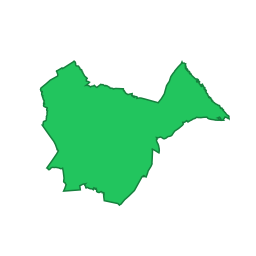 Cuautla, Morelos, Mexico (Natural Earth projection), rotated 286°
{"feature_id": "50627088B30536777812512", "entity_name": "Cuautla", "entity_type": "district", "adm_level": 2, "iso_a3": "MEX", "parent_name": "Mexico", "parent_adm1": "Morelos", "projection": "natural_earth1", "projection_center": [-98.942, 18.823], "detail": "fine", "context": "isolated", "style": "filled", "palette": "green", "viewbox_px": 256, "rotation_deg": 286, "n_neighbors": 0, "source": "geoboundaries", "source_scale": "gbopen_adm2", "svg_char_len": 5859}
<svg xmlns="http://www.w3.org/2000/svg" viewBox="0 0 256 256"><g transform="rotate(286 128 128)"><path d="M142.4,33.3L140.8,33.3L140.3,33.8L139.7,34.0L139.0,34.9L139.3,35.5L139.0,35.7L137.9,35.4L136.1,35.9L135.7,36.5L135.5,37.2L135.0,37.2L134.6,37.0L134.1,37.5L132.0,38.8L131.6,39.2L131.4,39.9L130.5,39.9L129.4,40.2L128.5,40.0L128.0,40.3L128.5,40.9L128.1,41.2L127.7,40.7L126.8,40.5L126.2,40.7L125.7,41.1L125.5,41.6L125.1,44.8L124.3,45.0L123.7,44.6L122.3,45.2L122.3,45.9L120.8,45.9L120.8,46.0L120.6,46.1L119.8,46.1L118.5,46.6L116.4,46.4L115.7,46.8L114.7,46.8L113.6,47.2L112.6,47.1L112.0,46.4L111.5,46.1L111.5,45.6L110.8,45.0L109.5,45.2L108.7,44.7L108.9,44.9L108.8,45.1L107.8,45.6L107.2,45.1L107.1,44.8L98.5,55.5L94.7,60.4L92.0,62.9L88.9,65.1L88.3,65.8L88.0,65.6L87.5,65.9L87.2,67.1L86.5,67.3L83.5,66.6L75.9,64.1L67.2,61.0L67.1,61.9L66.1,63.0L66.2,63.7L67.3,64.6L68.6,65.1L69.4,66.3L69.7,68.1L70.2,69.2L70.3,69.7L70.6,72.7L70.3,74.5L70.8,75.7L71.3,76.2L68.9,77.5L63.5,79.8L62.0,80.4L59.2,80.8L58.6,81.0L58.3,81.3L58.0,82.6L57.3,83.0L56.6,84.1L52.6,83.9L49.6,83.5L55.4,99.2L59.2,97.5L59.6,98.1L61.0,99.5L62.2,101.2L62.0,101.7L62.4,102.3L61.6,101.9L61.4,102.1L61.0,102.3L60.4,103.2L59.3,103.7L58.8,104.1L59.1,104.8L59.7,105.5L59.6,106.3L59.3,106.9L59.2,108.4L59.6,110.4L59.1,111.6L61.1,111.7L60.9,112.9L61.1,113.9L60.1,113.6L60.2,114.0L60.0,114.8L59.5,115.2L58.9,115.2L58.3,115.4L57.9,116.8L58.0,117.9L58.4,118.7L59.0,119.0L59.5,119.7L59.5,120.2L59.2,120.6L58.6,121.0L58.7,121.7L59.1,122.4L58.9,122.9L57.2,122.9L57.2,123.3L55.9,123.4L51.6,125.2L52.6,139.1L51.5,141.0L52.0,141.3L53.0,142.3L58.1,144.5L62.8,147.5L69.7,151.4L85.0,154.9L85.5,156.3L85.8,155.9L86.2,155.8L86.4,155.8L86.6,156.2L86.6,156.7L86.2,157.1L85.9,158.9L89.6,159.2L92.3,159.2L97.3,160.6L100.2,161.0L100.8,160.7L103.4,160.1L109.4,158.7L113.7,157.6L114.3,157.4L114.5,156.8L114.8,156.5L114.5,156.9L113.9,159.9L112.6,164.6L113.0,164.6L114.9,164.3L116.6,163.7L119.6,162.2L121.1,161.1L121.8,160.3L123.3,159.1L124.5,158.6L125.4,159.1L126.7,158.0L126.9,159.7L128.3,161.6L128.0,163.7L127.5,164.8L127.6,165.8L128.7,167.3L130.7,168.7L131.6,170.5L132.4,171.6L133.2,172.2L135.9,173.0L138.0,173.8L141.4,176.7L145.7,179.6L147.2,180.1L147.7,179.5L148.5,179.1L148.7,179.8L149.3,181.0L150.1,181.5L150.5,181.9L151.2,182.2L151.2,182.5L150.6,183.2L150.3,184.0L151.9,185.4L153.3,187.0L154.7,188.2L155.6,189.7L157.2,191.0L157.4,192.7L158.1,195.4L159.0,197.4L160.2,200.9L159.4,202.0L159.1,203.4L159.2,205.6L159.6,208.2L159.7,209.8L160.0,211.1L161.0,214.9L161.0,214.4L161.7,213.5L161.9,212.7L162.5,211.8L162.5,211.5L163.7,213.0L162.8,214.4L162.1,214.8L161.5,215.4L161.1,215.6L161.8,217.6L162.0,217.2L163.6,217.8L165.3,218.2L165.4,218.5L165.2,219.1L165.3,219.5L165.0,221.2L164.8,221.5L165.1,222.0L164.7,222.6L165.3,222.5L165.9,221.9L167.1,221.8L167.6,220.8L167.7,220.1L168.4,218.7L169.5,217.4L169.8,216.6L170.5,215.8L170.8,215.0L171.1,214.5L171.7,214.7L172.2,213.8L172.1,213.6L173.0,212.9L173.0,212.6L172.4,212.0L172.4,211.6L172.6,211.3L173.1,211.3L173.4,211.1L174.0,210.0L174.8,209.8L174.8,207.9L175.2,206.9L175.3,205.9L175.7,204.7L176.2,203.8L176.5,202.6L177.3,202.1L177.4,201.8L177.1,201.2L177.6,200.8L178.5,200.6L178.8,200.2L178.9,199.5L179.1,199.1L179.8,199.0L179.5,197.6L179.6,197.2L179.9,197.1L180.3,197.6L180.9,196.3L181.9,195.3L182.4,195.3L182.9,194.7L183.1,193.8L184.5,193.0L184.6,192.6L185.5,192.9L185.8,192.6L185.6,192.0L185.9,191.4L186.1,191.7L186.3,191.7L186.6,191.2L186.7,190.4L187.1,190.4L187.1,190.9L187.6,190.9L188.0,190.7L187.9,189.9L189.2,188.8L189.4,188.5L189.3,188.2L188.2,187.5L188.2,187.1L188.8,187.4L189.0,186.6L190.3,187.7L190.6,187.5L189.3,185.8L189.4,185.5L189.9,185.3L190.1,184.5L191.3,183.5L191.6,183.6L191.8,184.1L192.1,184.1L192.3,184.0L192.3,183.4L192.0,182.7L191.7,181.9L191.3,181.9L191.2,181.6L191.7,181.1L192.2,180.9L192.6,181.3L192.6,182.5L192.8,182.7L193.1,182.7L193.7,182.3L194.1,181.4L194.1,180.5L193.8,179.9L193.8,179.3L195.9,175.1L196.3,174.6L197.1,173.8L196.9,173.0L197.2,172.6L197.8,172.9L197.9,172.6L197.9,171.8L198.7,171.8L199.1,171.6L199.3,171.3L198.8,170.3L198.9,170.0L199.2,169.8L199.7,169.8L199.9,169.6L199.7,168.7L200.0,168.6L200.4,169.3L200.6,169.1L201.3,168.3L201.2,168.1L200.8,168.0L200.7,167.8L200.8,167.0L201.4,166.8L202.1,167.1L202.3,166.8L202.3,166.4L202.6,166.3L203.0,166.8L203.9,166.2L203.9,165.9L204.7,165.9L205.1,165.6L205.5,165.6L205.4,165.4L205.9,164.1L205.4,162.8L205.4,162.5L206.4,161.7L204.4,161.4L200.6,159.4L195.6,157.2L195.0,157.2L192.5,156.1L189.4,155.1L188.4,155.0L184.2,154.9L182.5,154.3L179.4,153.4L170.8,153.5L165.4,152.0L161.8,150.5L160.6,150.1L160.5,136.7L160.4,132.4L160.1,130.9L159.0,128.5L159.7,128.5L160.3,128.2L160.4,127.2L160.2,126.0L159.4,125.6L160.0,125.1L159.4,125.0L159.3,124.7L159.9,124.3L160.5,123.4L160.4,123.1L160.0,123.0L160.1,122.7L160.6,122.5L161.6,122.6L162.2,122.5L160.8,119.8L160.3,119.1L160.1,118.6L160.4,117.9L160.5,117.0L160.8,116.6L160.8,116.1L162.4,114.5L162.3,114.2L163.0,113.8L163.3,113.0L164.4,112.7L162.6,105.2L162.2,104.4L161.4,103.1L161.8,102.7L161.8,101.4L161.3,100.3L161.4,99.7L162.0,99.3L162.2,97.9L162.7,96.6L162.6,95.7L162.8,95.0L162.6,94.6L162.1,94.3L162.8,91.9L162.4,90.9L162.5,89.8L158.4,86.9L158.7,85.8L159.4,84.4L159.7,83.8L159.3,83.6L159.2,83.8L158.0,81.4L157.1,80.6L157.6,79.6L157.9,77.7L157.8,76.9L157.4,75.9L160.2,77.8L161.4,78.4L161.7,76.8L161.7,76.0L161.6,75.5L161.6,75.1L163.6,74.4L164.0,74.7L164.2,75.1L164.5,75.1L165.2,73.7L165.4,73.1L165.9,72.1L168.5,69.4L169.3,69.0L169.4,68.3L170.9,67.7L171.3,66.7L170.9,66.3L171.0,66.1L172.7,64.8L173.1,64.1L173.8,63.4L173.8,62.8L173.4,61.4L173.7,60.7L175.1,59.9L175.8,59.8L176.1,59.5L176.8,59.1L176.9,58.7L177.4,58.0L177.4,57.7L176.3,57.0L167.1,48.8L167.6,48.0L163.7,44.3L163.2,43.6L162.8,43.6L162.3,44.2L159.9,45.9L158.2,46.0L157.8,46.2L158.2,45.9L157.9,45.4L152.6,40.1L147.9,37.1L142.4,33.3Z" fill="#22c55e" stroke="#15803d" stroke-width="1.5"/></g></svg>